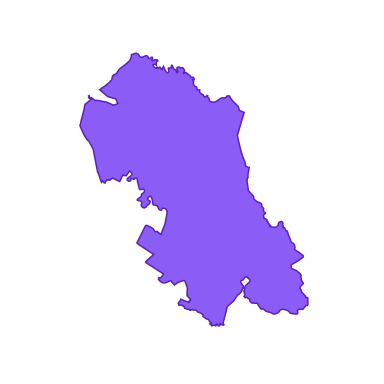 Guachené, Cauca, Colombia, rotated 341°
{"feature_id": "7082276B47374862925181", "entity_name": "Guachené", "entity_type": "district", "adm_level": 2, "iso_a3": "COL", "parent_name": "Colombia", "parent_adm1": "Cauca", "projection": "mercator", "projection_center": [-76.391, 3.144], "detail": "fine", "context": "isolated", "style": "filled", "palette": "violet", "viewbox_px": 384, "rotation_deg": 341, "n_neighbors": 0, "source": "geoboundaries", "source_scale": "gbopen_adm2", "svg_char_len": 6011}
<svg xmlns="http://www.w3.org/2000/svg" viewBox="0 0 384 384"><g transform="rotate(341 192 192)"><path d="M125.5,69.3L125.0,69.4L126.8,71.7L119.4,74.3L116.5,79.2L107.6,92.8L108.4,102.6L110.1,109.3L110.9,109.5L112.5,119.0L109.2,142.6L109.5,143.1L109.5,153.3L111.0,152.3L111.7,154.2L112.3,155.1L112.7,155.2L113.8,154.0L115.7,152.7L116.3,153.4L117.2,153.1L117.5,153.3L117.6,153.9L118.2,154.1L121.2,152.8L127.1,158.6L132.1,153.5L135.0,155.2L136.7,154.2L139.1,152.2L139.6,151.9L139.9,152.2L141.0,153.9L141.2,155.1L140.9,155.9L139.6,156.7L136.0,157.9L135.0,158.5L134.6,159.7L135.6,161.2L136.8,161.5L137.6,161.4L138.0,161.0L138.6,159.3L139.4,159.6L141.3,161.2L143.1,160.4L143.7,160.6L144.5,161.9L143.9,164.1L143.3,171.5L143.5,172.7L144.3,173.1L146.7,173.3L147.3,173.6L147.6,174.6L147.3,175.8L146.7,176.5L143.6,177.7L142.7,179.5L142.1,179.9L137.8,181.2L137.7,182.2L140.6,183.8L141.1,184.7L141.0,185.7L139.6,188.1L139.9,189.8L140.5,190.8L141.7,191.5L143.0,191.5L143.8,191.2L145.3,189.9L147.3,189.6L147.8,189.3L149.2,187.8L149.4,187.0L147.9,185.0L147.9,184.0L148.5,183.1L150.1,182.4L151.1,182.4L151.8,183.1L152.0,185.5L151.1,191.4L154.8,193.8L155.0,197.3L156.0,198.8L157.3,199.1L158.7,197.8L160.5,198.3L161.8,199.8L162.2,202.1L161.3,204.2L156.1,213.3L150.7,219.7L149.1,222.0L147.3,219.8L146.2,217.9L144.7,217.8L144.3,217.5L143.2,214.0L141.8,212.1L139.2,209.5L138.4,208.8L137.7,208.6L137.0,208.8L123.3,222.2L124.4,224.2L135.5,238.6L128.0,241.6L125.6,242.8L125.3,243.2L125.6,244.0L138.2,260.0L138.3,260.5L134.5,262.9L132.7,262.1L131.8,263.7L132.9,266.2L134.6,268.2L135.6,268.8L137.0,269.2L138.9,269.2L142.9,268.8L143.2,269.1L143.7,271.0L145.2,274.3L148.9,273.0L155.0,272.9L156.1,273.4L156.3,274.0L156.5,281.1L154.1,286.7L154.6,287.3L153.5,288.3L154.8,290.9L154.8,292.0L155.6,292.6L155.6,293.4L154.1,294.8L153.8,294.2L152.9,295.3L146.5,289.7L145.4,290.9L142.7,292.7L142.7,294.7L143.1,295.1L144.3,295.1L146.5,296.5L146.4,297.1L147.5,297.8L147.2,298.6L147.2,299.5L149.9,301.7L151.1,301.9L151.5,302.3L151.4,303.0L151.9,303.4L153.3,303.1L154.6,304.0L156.8,304.7L157.6,305.5L158.2,307.2L161.1,309.5L162.4,311.9L161.8,312.9L162.0,313.4L164.4,316.9L166.1,317.6L166.3,319.7L167.4,321.9L166.2,322.2L166.0,322.7L166.2,323.1L167.3,323.6L167.3,324.2L166.9,324.5L167.0,325.0L170.0,325.1L170.6,326.2L171.0,326.4L171.9,325.1L172.6,324.9L173.2,325.9L173.1,326.9L173.8,327.5L174.8,327.3L175.6,325.9L176.2,325.7L176.5,326.8L178.5,328.2L179.0,328.0L178.7,326.3L179.1,325.6L188.1,311.8L195.8,308.7L201.8,304.1L203.2,303.9L205.6,302.8L207.3,301.4L210.0,297.5L208.8,294.3L208.8,292.7L210.0,291.7L211.7,291.8L214.5,289.7L215.4,289.7L216.6,290.8L217.7,293.1L218.0,294.4L217.8,295.4L212.9,297.6L209.9,300.0L210.4,300.8L208.7,302.7L208.4,306.9L207.2,307.6L207.9,309.2L208.5,309.4L209.1,309.1L211.7,312.6L211.1,313.9L212.2,316.3L217.6,318.6L217.9,321.0L219.1,325.0L219.7,325.5L221.3,325.6L223.1,328.9L227.4,331.8L229.0,333.7L230.4,334.4L232.4,334.4L234.6,334.0L235.9,333.3L236.9,332.3L239.1,332.2L239.9,332.5L241.9,333.6L244.0,335.4L245.0,337.1L245.1,338.0L245.9,338.9L249.4,340.8L251.8,341.6L252.7,340.6L253.1,338.3L253.9,337.9L256.9,338.1L258.5,339.1L263.0,336.4L264.2,336.8L265.0,336.0L267.0,330.0L266.3,329.1L265.2,328.7L265.3,327.0L263.0,322.2L263.3,320.1L262.8,319.4L263.1,318.3L262.8,317.7L263.3,316.7L266.4,315.5L267.6,314.5L267.0,312.4L266.8,310.2L267.2,309.4L267.1,308.0L268.0,306.4L267.8,304.8L265.2,300.4L261.7,297.2L261.3,296.0L261.6,294.2L262.0,293.2L269.6,291.7L275.4,290.0L276.0,289.7L276.4,288.4L272.5,282.4L271.8,282.0L270.3,279.7L271.4,277.9L271.6,275.4L271.0,273.4L270.0,272.6L269.3,270.3L269.6,268.9L269.2,265.2L269.3,260.0L268.1,258.9L267.9,256.0L266.4,255.2L267.3,253.6L267.1,251.6L267.7,251.3L267.8,250.2L267.5,249.4L266.9,248.9L264.5,248.9L263.5,249.8L263.0,251.1L260.8,252.5L259.7,252.7L255.3,250.7L255.1,250.4L255.3,249.5L254.2,249.2L254.8,248.0L253.8,246.3L254.1,245.1L253.3,244.3L253.3,243.8L253.9,243.0L253.7,242.5L253.1,241.6L251.4,240.3L251.4,239.8L251.8,239.3L251.8,238.0L252.3,237.1L252.9,236.6L254.2,236.4L254.6,235.7L253.6,234.0L253.4,232.8L254.4,230.8L253.3,228.3L253.8,226.4L253.7,225.6L252.2,223.7L250.7,222.7L249.9,221.6L248.5,219.2L248.2,218.2L248.7,216.6L248.6,215.8L245.8,209.1L247.6,199.5L248.8,197.2L249.6,196.7L250.7,193.4L254.1,187.5L252.2,186.2L251.2,185.0L251.8,181.5L251.5,174.3L251.8,167.4L253.2,153.4L267.2,133.8L263.9,130.8L263.4,130.0L263.6,126.1L260.4,120.0L259.0,115.8L258.8,113.5L256.6,112.5L254.6,113.7L252.8,113.5L251.4,112.8L250.2,112.7L244.2,114.2L242.2,114.3L241.4,114.1L238.7,112.5L238.5,111.9L238.5,108.5L237.6,107.4L238.2,106.0L237.4,105.6L236.0,106.3L234.9,106.3L234.4,105.3L234.2,103.6L233.3,102.9L231.8,100.6L231.9,99.5L232.6,98.0L230.4,97.3L230.5,94.1L228.9,92.8L228.6,92.1L228.6,89.9L229.8,87.4L229.0,86.3L229.0,85.9L229.6,85.7L230.1,86.3L230.6,86.3L230.9,85.7L230.7,84.2L230.3,83.8L228.8,83.6L228.0,81.5L226.5,78.9L225.0,77.0L224.4,76.7L223.1,77.3L222.7,77.2L222.8,76.4L224.3,74.9L224.5,74.4L224.2,72.5L223.6,71.5L221.6,70.8L220.5,69.5L218.8,69.4L218.1,69.8L217.9,70.5L218.0,72.7L217.8,73.7L217.2,74.1L216.3,74.0L216.4,71.3L214.7,69.4L214.6,66.0L214.2,65.6L213.6,66.1L212.4,68.1L210.5,67.2L210.0,67.2L209.7,67.7L209.4,70.6L208.5,71.3L207.6,71.3L207.0,70.5L206.1,67.7L205.9,64.0L203.5,66.4L203.0,65.8L202.5,63.6L201.6,63.4L200.8,64.0L200.4,64.0L199.5,62.5L198.3,63.3L197.2,62.2L196.3,60.4L196.5,59.2L197.3,58.8L198.6,59.4L199.7,60.6L200.1,58.2L201.1,57.3L202.4,56.9L202.3,55.8L199.9,54.9L197.5,55.0L196.9,54.7L196.9,54.2L198.2,53.0L198.4,51.7L197.9,51.4L195.8,52.1L195.0,51.9L194.5,51.4L194.3,49.2L193.5,48.4L192.3,48.1L188.5,48.3L187.5,48.0L186.7,46.9L186.1,44.4L185.0,43.0L184.2,42.5L179.5,42.4L178.5,44.6L176.3,47.1L175.3,47.8L169.4,50.2L163.7,52.0L160.5,54.2L159.8,55.2L156.4,56.0L156.3,55.7L154.6,56.5L152.6,59.8L149.7,61.4L145.2,63.1L138.0,65.2L143.3,74.3L150.2,79.1L150.7,84.3L146.1,84.4L140.4,79.1L131.6,74.2L130.5,74.2L127.5,70.0L126.6,70.1L125.5,69.3ZM125.5,69.3L126.1,69.2L126.0,67.3L125.5,67.4L125.5,69.3Z" fill="#8b5cf6" stroke="#5b21b6" stroke-width="1.5"/></g></svg>